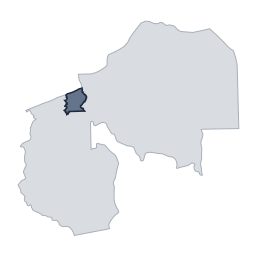 Nyimba, Eastern, Zambia (highlighted), rotated 179°
{"feature_id": "96606910B94036775861358", "entity_name": "Nyimba", "entity_type": "district", "adm_level": 2, "iso_a3": "ZMB", "parent_name": "Zambia", "parent_adm1": "Eastern", "projection": "robinson", "projection_center": [30.526, -14.393], "detail": "fine", "context": "in_parent", "style": "filled", "palette": "slate", "viewbox_px": 256, "rotation_deg": 179, "n_neighbors": 0, "source": "geoboundaries", "source_scale": "gbopen_adm2", "svg_char_len": 6892}
<svg xmlns="http://www.w3.org/2000/svg" viewBox="0 0 256 256"><g transform="rotate(179 128 128)"><path d="M176.8,182.6L164.2,182.7L159.6,183.8L155.8,185.5L151.3,188.2L148.7,190.1L148.0,191.1L147.7,193.4L147.7,197.0L147.3,199.5L145.9,201.8L139.1,204.7L134.7,207.0L130.3,209.7L127.0,213.3L124.8,217.6L121.0,223.0L113.2,232.7L108.7,234.5L104.9,234.1L100.3,232.1L96.6,231.7L93.9,232.9L91.4,232.6L89.1,230.5L87.2,229.8L85.7,230.3L83.7,230.2L80.0,229.1L76.9,225.7L75.1,224.3L73.8,223.7L70.1,223.2L61.4,222.4L52.5,224.1L44.6,225.8L36.5,218.1L28.7,210.0L27.1,208.0L24.1,205.3L22.0,203.9L21.2,203.3L19.0,196.0L17.8,189.4L17.2,125.5L52.5,125.5L54.8,125.2L54.9,124.5L53.3,121.1L53.3,119.9L53.7,117.6L55.3,113.0L55.4,111.4L54.6,106.4L54.7,103.6L55.0,97.9L54.8,96.0L55.6,93.4L55.9,91.7L56.2,91.0L55.8,89.0L55.0,82.3L54.6,79.4L56.7,79.9L57.4,81.2L57.8,82.8L58.8,82.9L61.3,83.8L62.2,85.0L62.8,87.7L62.5,89.1L61.7,90.2L62.5,91.2L64.2,91.9L65.1,91.7L68.0,89.8L70.6,89.1L71.9,88.7L77.8,87.5L78.9,86.8L79.7,86.8L80.3,87.3L79.8,89.2L79.6,91.0L80.4,94.2L80.9,95.7L82.2,96.8L83.0,97.3L84.0,98.5L86.1,98.3L90.6,99.9L91.9,100.7L93.8,101.5L95.1,101.7L99.8,102.3L104.6,103.2L107.2,103.3L109.0,103.1L110.2,102.6L111.0,102.1L111.3,101.6L113.1,95.5L114.1,95.0L115.3,94.7L116.0,95.3L116.8,99.1L120.3,102.6L121.5,105.6L122.4,108.1L123.2,108.7L124.5,109.6L126.7,109.9L128.6,110.0L138.1,114.3L139.1,115.0L140.3,117.3L141.0,119.9L141.8,121.9L143.0,122.3L144.1,122.5L145.2,123.8L146.0,125.1L148.8,130.1L149.2,132.1L150.6,133.4L152.4,134.0L154.1,134.1L155.1,133.5L157.5,132.4L159.4,131.3L160.8,130.8L161.6,131.1L162.2,131.9L162.6,134.4L164.0,135.3L165.0,134.9L165.4,134.0L165.4,133.5L165.3,107.2L164.5,107.4L163.4,108.1L160.9,108.2L159.9,108.8L159.6,109.6L159.8,110.7L159.8,112.2L159.5,112.9L158.4,113.2L156.8,112.6L153.9,111.8L151.5,111.4L149.8,109.4L147.4,106.4L145.9,104.9L142.2,101.8L141.5,101.2L140.4,99.8L139.5,97.3L138.5,94.5L138.0,92.6L138.9,89.9L141.1,80.8L141.6,77.9L143.3,75.0L143.5,72.5L142.7,69.2L142.9,67.3L143.2,56.9L142.7,53.6L141.4,50.0L138.8,44.9L138.8,43.8L142.9,40.5L144.1,39.3L146.2,36.6L147.7,34.3L148.6,32.5L148.9,30.1L148.2,27.8L149.6,27.4L183.5,21.5L184.0,23.1L185.0,25.7L186.2,27.6L187.6,29.2L188.9,30.2L189.7,30.6L194.9,30.5L196.8,31.5L198.4,32.7L198.8,34.7L199.9,36.0L201.0,37.0L201.5,37.1L202.4,36.9L203.8,36.8L205.1,37.3L205.7,37.7L205.8,39.4L206.2,40.1L207.9,40.4L209.7,40.5L211.5,41.7L213.3,41.9L215.5,42.3L216.5,43.5L218.8,44.8L221.6,45.9L224.7,47.8L224.8,48.3L225.3,49.4L225.9,50.2L225.9,51.4L226.2,52.4L227.0,52.7L227.6,52.8L228.3,52.0L229.1,52.0L230.0,52.5L230.3,53.7L231.0,55.4L232.2,56.5L232.9,57.6L232.7,59.6L232.2,61.4L233.7,63.2L235.8,64.9L236.3,65.7L236.5,68.2L236.8,69.0L238.1,71.1L238.8,72.5L238.7,73.3L235.0,77.5L232.8,78.2L231.8,79.0L231.2,79.9L232.6,84.0L233.4,85.6L232.8,87.6L231.3,90.9L230.6,91.2L230.5,93.8L230.9,94.7L231.6,95.4L231.9,97.1L231.9,101.4L230.9,106.3L232.6,110.5L233.2,111.0L235.5,111.0L235.9,111.4L235.3,112.6L233.7,114.4L230.7,115.9L226.5,117.5L225.6,119.0L225.1,121.2L225.5,122.5L226.1,123.3L225.9,125.2L225.5,127.3L225.7,128.9L225.5,130.3L224.9,131.0L224.2,133.2L223.3,135.3L222.6,136.3L221.5,137.4L219.8,138.2L219.9,138.7L221.7,139.7L222.2,140.3L222.4,140.8L221.6,141.9L222.5,142.6L223.5,143.1L224.5,144.6L225.7,147.3L225.9,147.6L226.2,147.6L226.9,147.3L228.0,146.2L228.9,145.8L229.9,147.4L212.3,154.1L208.1,155.4L202.0,157.8L200.0,158.7L198.4,159.6L182.0,164.8L179.4,165.8L173.6,168.5L173.5,168.9L173.5,170.2L174.0,172.7L175.0,175.0L175.9,176.3L176.4,179.7L176.8,182.6Z" fill="#d9dde1" stroke="#a8b0b8" stroke-width="1"/><path d="M173.3,168.7L176.5,167.8L178.4,166.7L182.2,165.0L184.4,164.2L188.1,163.2L189.5,162.0L189.5,161.9L189.5,161.7L189.4,161.4L189.3,161.2L189.0,161.1L188.9,160.7L188.8,160.4L188.7,160.3L188.6,160.2L188.6,159.9L188.8,159.8L188.6,159.7L188.5,159.3L188.4,159.2L188.3,158.7L188.7,158.2L188.9,157.6L189.0,157.4L190.1,156.6L190.4,156.7L190.8,156.7L189.2,154.5L188.9,154.3L188.8,154.1L188.7,153.8L188.5,153.7L188.4,153.6L188.3,153.4L188.2,153.3L188.2,153.2L188.3,153.1L188.5,153.2L188.7,152.9L188.8,152.9L189.0,152.9L189.1,153.0L189.3,153.0L189.5,153.0L189.6,152.9L189.6,152.7L189.6,152.3L189.6,152.2L189.8,152.0L189.9,151.9L190.0,151.8L190.0,151.7L190.3,151.5L190.4,151.4L190.5,151.3L190.5,151.2L190.8,151.0L190.8,150.9L190.7,150.9L190.4,151.0L190.1,151.0L190.0,150.9L189.9,150.8L189.9,150.7L189.7,150.7L189.4,150.6L189.4,150.3L189.3,150.2L189.1,150.0L189.1,149.9L188.9,149.8L188.7,149.8L188.9,149.3L189.5,148.4L189.7,148.2L189.7,148.3L189.8,148.2L190.0,148.1L190.1,147.7L190.3,147.6L190.4,147.4L190.6,147.3L190.6,147.1L190.8,147.1L191.2,146.8L191.3,146.8L191.5,146.7L191.4,146.6L191.0,146.5L190.8,146.4L190.7,146.4L190.5,146.1L190.4,146.0L190.4,145.9L190.2,145.9L190.0,145.7L190.0,145.4L190.0,145.2L190.0,144.9L189.9,144.8L189.7,144.6L189.8,144.6L189.7,144.5L189.7,144.4L189.5,144.2L189.4,144.1L189.5,143.9L189.4,143.8L189.3,143.7L189.3,143.8L189.2,143.8L189.2,143.7L189.1,143.4L189.0,143.1L189.0,142.8L188.9,142.9L188.8,142.7L188.7,142.7L188.3,142.8L188.1,142.8L187.9,142.8L187.7,143.2L187.8,143.5L187.9,143.8L187.7,144.0L187.2,144.0L187.1,144.3L187.2,144.7L187.2,144.8L186.8,144.6L186.7,144.6L186.5,144.9L186.4,145.1L186.2,145.3L186.2,145.5L171.6,145.7L171.0,145.6L171.1,145.8L171.3,145.8L171.4,146.1L171.5,146.1L171.4,146.2L171.5,146.1L171.8,146.2L171.8,146.3L172.2,146.5L172.3,146.7L172.3,146.8L172.2,146.8L172.2,147.0L172.3,147.0L172.4,147.3L172.4,147.6L172.3,147.9L172.4,148.0L172.5,148.1L172.7,148.5L172.9,148.4L172.9,148.5L173.1,148.5L173.5,148.7L173.7,148.8L174.0,148.7L174.1,148.8L174.2,149.0L174.3,149.0L174.5,149.2L174.7,149.3L174.8,149.5L174.9,149.8L175.0,149.8L175.0,150.0L175.0,150.3L175.0,150.6L175.2,150.8L175.2,151.0L174.9,151.2L174.7,151.1L174.6,151.3L174.4,151.4L174.3,151.6L174.2,151.6L174.1,151.8L173.9,151.9L173.6,152.0L173.5,152.3L173.4,152.5L173.2,152.8L173.1,153.0L172.9,153.2L172.7,153.3L172.5,153.5L172.3,153.9L172.3,154.0L172.2,154.1L172.0,154.3L172.0,154.6L171.8,155.0L171.7,155.1L171.4,155.1L171.3,154.8L171.2,154.8L170.9,154.9L170.8,155.0L170.7,155.0L170.5,155.4L170.4,155.5L170.5,155.8L170.5,156.1L170.4,156.2L170.1,156.3L169.8,156.5L169.8,156.8L169.8,157.0L169.7,157.1L169.6,157.4L169.5,157.5L169.7,157.8L169.6,158.0L169.3,158.1L169.2,158.2L169.2,158.3L169.3,158.4L169.4,158.5L169.0,158.9L169.0,159.2L168.8,159.6L168.9,159.9L169.1,160.4L169.3,160.4L169.5,160.6L169.4,161.0L169.9,161.4L170.2,161.5L170.4,161.9L170.3,162.0L170.6,162.1L170.7,162.3L170.8,162.3L171.0,162.3L171.2,162.7L171.3,162.7L171.4,162.8L171.5,162.9L171.5,163.0L171.6,163.3L171.9,163.5L172.0,163.7L172.2,163.9L172.3,164.0L172.5,164.0L172.6,164.3L172.8,164.5L172.7,164.6L172.8,164.6L173.1,164.7L173.0,164.9L173.2,165.3L173.2,165.5L173.2,165.9L173.2,166.1L173.1,166.3L173.1,166.6L173.0,166.8L173.0,167.0L173.1,167.3L173.1,167.6L173.3,168.0L173.2,168.3L173.3,168.5L173.3,168.7Z" fill="#64748b" stroke="#1e293b" stroke-width="1.5"/></g></svg>